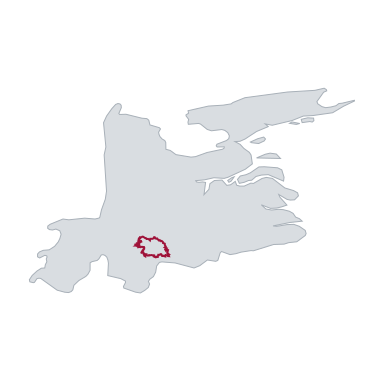 Natore, Rajshahi, Bangladesh shown in context, rotated 268°
{"feature_id": "16705992B43065208682222", "entity_name": "Natore", "entity_type": "district", "adm_level": 2, "iso_a3": "BGD", "parent_name": "Bangladesh", "parent_adm1": "Rajshahi", "projection": "equal_earth", "projection_center": [89.103, 24.393], "detail": "medium", "context": "in_parent", "style": "outline", "palette": "rose", "viewbox_px": 384, "rotation_deg": 268, "n_neighbors": 0, "source": "geoboundaries", "source_scale": "gbopen_adm2", "svg_char_len": 5569}
<svg xmlns="http://www.w3.org/2000/svg" viewBox="0 0 384 384"><g transform="rotate(268 192 192)"><path d="M136.7,282.3L136.7,271.8L131.1,251.3L131.4,249.0L130.2,239.1L128.8,233.6L128.1,227.8L131.5,219.4L130.1,218.0L122.7,215.4L121.9,213.3L123.5,205.0L118.1,197.2L116.0,191.4L121.7,172.6L123.2,159.5L122.8,157.0L119.3,154.1L113.2,152.9L108.8,150.5L106.3,146.8L104.2,145.3L101.5,146.4L98.1,145.0L95.3,141.3L92.9,136.9L93.9,132.0L98.4,120.5L100.0,120.2L103.9,122.4L105.3,122.4L107.9,117.8L111.4,104.9L123.8,106.0L126.8,105.6L129.9,104.6L131.6,102.9L132.5,100.9L132.2,99.1L128.4,96.6L126.9,94.8L125.9,89.7L124.8,87.7L117.3,87.4L113.4,85.1L111.3,82.9L107.5,75.9L102.9,70.7L98.4,69.5L96.7,67.8L95.8,65.1L96.3,61.3L98.6,53.8L110.9,37.8L111.2,36.0L110.8,34.0L107.2,31.4L106.9,30.2L107.9,26.8L110.0,26.4L114.2,29.4L118.5,34.4L121.1,38.8L121.2,42.2L124.5,42.9L127.3,44.5L130.2,44.0L132.1,44.9L133.3,44.6L133.8,42.6L131.4,37.5L132.6,35.4L135.4,35.5L137.4,37.4L138.9,41.3L139.2,47.3L142.5,52.8L146.8,56.6L150.3,58.4L154.4,59.7L157.9,58.5L159.7,54.7L158.9,51.3L159.4,48.2L160.8,46.5L163.0,46.7L164.7,49.1L169.5,62.1L168.5,67.9L169.6,83.8L168.4,94.2L169.2,98.2L170.0,99.0L177.3,100.9L187.8,105.1L195.8,106.6L232.1,105.5L240.0,107.5L264.3,106.0L270.9,109.3L278.1,114.8L282.2,118.8L283.0,121.1L282.5,123.1L281.2,124.2L278.7,124.3L273.0,121.6L272.0,122.4L272.0,128.7L267.5,144.5L266.9,149.4L265.3,151.3L260.5,152.3L257.4,161.6L256.1,162.7L252.9,160.7L250.9,161.0L248.5,161.9L246.0,164.0L244.4,166.6L242.4,167.5L235.6,167.4L234.3,171.7L229.9,177.3L226.9,192.2L227.2,196.7L231.0,208.6L233.7,224.1L234.8,225.7L236.0,225.8L236.1,218.7L237.3,217.8L238.9,218.6L242.2,228.2L244.0,230.6L246.8,231.3L250.1,229.8L252.4,227.0L253.4,224.0L252.5,213.6L254.0,209.4L259.5,203.0L260.3,201.1L259.8,190.7L261.9,190.4L264.7,191.2L268.3,188.7L269.3,188.7L270.8,191.3L273.4,190.9L277.3,211.5L277.7,226.1L278.7,234.2L280.0,236.0L284.4,248.2L288.6,291.1L289.3,318.4L291.1,327.7L289.7,329.8L288.4,330.2L287.1,327.0L278.0,320.0L275.8,320.7L272.8,324.8L271.6,328.5L272.1,333.8L273.2,338.9L275.3,341.9L275.5,345.2L278.0,357.5L277.3,357.6L272.4,346.4L266.3,335.3L264.2,315.6L264.0,305.9L259.9,294.4L255.9,274.5L257.5,267.5L254.7,270.5L250.2,258.6L243.1,246.9L241.0,241.7L240.9,236.7L237.9,241.8L233.8,245.3L229.6,250.7L226.9,252.3L218.0,253.3L212.9,246.1L205.5,228.6L204.5,224.7L205.5,214.4L203.7,204.7L203.2,196.1L201.9,196.9L201.4,199.3L201.7,202.9L201.1,205.9L188.9,203.9L194.1,209.0L199.7,210.2L202.7,214.8L202.9,222.4L197.4,227.0L197.9,230.9L201.1,235.6L197.2,236.9L196.2,240.0L196.1,244.4L198.8,251.1L198.4,253.7L203.1,262.5L204.0,266.8L202.8,272.8L192.8,284.9L189.9,293.5L187.5,297.5L184.4,298.2L180.6,294.2L180.5,290.0L181.3,286.7L186.5,278.6L183.7,279.7L175.6,286.4L174.0,281.0L173.0,276.0L172.9,269.9L176.8,260.8L172.4,265.3L171.2,271.0L171.7,277.7L171.2,282.4L169.4,288.6L167.1,292.3L163.3,294.7L161.6,298.4L159.0,301.1L158.1,288.6L155.3,271.8L154.7,275.4L156.1,285.8L156.1,292.6L154.0,298.0L149.7,303.8L146.5,304.6L144.6,303.7L138.6,295.0L138.0,286.8L136.7,282.3ZM211.0,282.5L203.5,284.5L199.7,283.9L206.7,268.8L206.5,262.0L205.3,256.5L201.7,252.1L201.5,248.9L199.9,244.6L199.0,239.6L203.0,237.9L206.3,240.8L207.4,246.6L209.1,250.9L214.7,259.7L214.7,265.2L213.2,278.4L211.0,282.5ZM227.0,277.6L222.4,281.6L223.8,257.7L227.2,266.6L228.1,271.4L227.0,277.6ZM244.4,265.6L242.4,267.3L240.5,265.9L238.1,260.3L239.2,253.2L239.9,252.1L242.9,259.4L244.4,265.6ZM261.6,316.1L259.0,316.3L257.7,314.6L258.3,312.2L257.5,304.5L260.8,303.7L262.1,310.2L261.6,316.1ZM258.5,294.4L256.7,302.1L255.9,298.6L257.2,291.9L258.5,294.4ZM204.9,232.2L205.7,234.7L201.5,231.5L200.4,229.2L202.3,228.1L204.9,232.2Z" fill="#d9dde1" stroke="#a8b0b8" stroke-width="1"/><path d="M140.4,133.7L140.3,135.3L139.7,135.4L139.5,136.2L138.7,136.3L138.9,137.2L138.6,138.8L139.0,139.8L138.7,141.8L138.2,141.6L137.9,142.3L136.8,142.2L135.7,140.9L135.0,141.2L134.8,140.9L135.0,140.4L133.3,139.3L133.0,139.4L132.9,141.4L132.0,142.1L131.2,141.6L130.2,142.2L130.2,142.7L129.8,142.4L129.4,143.0L130.1,143.0L130.2,143.5L131.3,143.2L131.5,143.5L131.4,144.1L131.0,143.9L130.5,144.3L130.0,145.5L130.3,146.2L130.0,146.7L130.4,147.2L130.2,147.6L130.4,149.5L129.9,150.8L130.1,151.1L130.0,151.9L129.4,151.8L129.1,152.3L128.7,151.9L128.0,153.3L128.3,155.3L128.9,155.0L129.4,156.0L130.4,156.1L130.3,157.2L131.0,158.4L130.9,159.0L130.3,159.0L130.1,159.6L129.4,159.8L129.3,159.2L129.1,159.8L129.0,160.8L129.3,161.3L128.8,162.1L129.1,162.4L128.6,163.2L130.0,163.5L130.0,164.1L130.3,164.0L129.9,164.2L129.5,165.3L128.8,165.7L128.7,166.6L129.5,166.2L129.6,166.6L129.2,167.1L130.8,166.3L130.7,165.6L131.3,165.4L131.2,166.0L132.0,165.2L134.8,166.0L135.0,165.3L134.7,164.6L135.2,164.5L134.4,164.5L135.2,164.3L134.4,163.8L135.6,163.1L136.0,163.3L136.0,164.3L136.6,164.8L136.9,164.1L138.0,163.9L138.0,163.2L138.6,163.8L139.9,163.0L141.3,163.0L142.0,161.3L142.7,161.4L143.7,160.6L144.1,159.9L143.9,159.3L144.7,158.7L144.5,157.5L144.9,157.0L145.4,157.1L146.4,155.3L146.8,155.3L146.8,153.8L148.1,153.2L148.2,152.6L147.1,151.9L146.6,151.0L146.7,148.7L145.1,148.3L146.3,147.1L146.7,146.3L146.6,145.0L147.6,144.2L147.5,143.7L149.0,141.6L149.1,140.8L148.5,139.9L148.6,138.5L147.7,138.5L147.7,137.7L147.2,137.6L147.2,137.2L145.6,136.8L145.1,137.3L145.4,138.1L144.6,138.7L144.7,139.4L144.1,139.6L143.7,138.5L143.8,137.7L143.3,138.2L142.9,137.7L143.5,136.5L142.7,136.1L142.7,135.5L142.0,135.8L141.9,137.2L140.9,137.5L141.1,137.2L140.6,136.7L140.4,135.3L140.8,135.1L140.7,134.4L141.7,134.4L141.5,133.6L140.6,134.0L140.4,133.7Z" fill="none" stroke="#9f1239" stroke-width="2"/></g></svg>